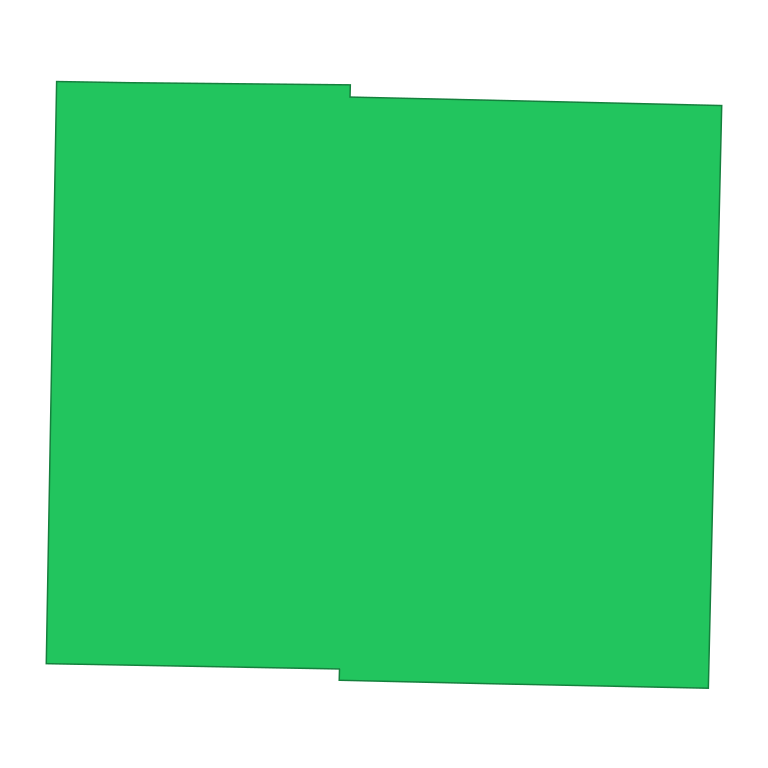 Coffey, Kansas, United States of America (Albers equal-area conic projection), rotated 271°
{"feature_id": "52423323B11370315418509", "entity_name": "Coffey", "entity_type": "district", "adm_level": 2, "iso_a3": "USA", "parent_name": "United States of America", "parent_adm1": "Kansas", "projection": "albers", "projection_center": [-95.754, 38.236], "detail": "fine", "context": "isolated", "style": "filled", "palette": "green", "viewbox_px": 768, "rotation_deg": 271, "n_neighbors": 0, "source": "geoboundaries", "source_scale": "gbopen_adm2", "svg_char_len": 295}
<svg xmlns="http://www.w3.org/2000/svg" viewBox="0 0 768 768"><g transform="rotate(271 384 384)"><path d="M86.2,493.7L85.5,713.6L668.3,716.8L670.3,345.0L682.5,345.1L680.8,124.8L680.7,51.4L98.5,51.2L98.3,344.5L87.0,344.4L86.2,493.7Z" fill="#22c55e" stroke="#15803d" stroke-width="1.5"/></g></svg>